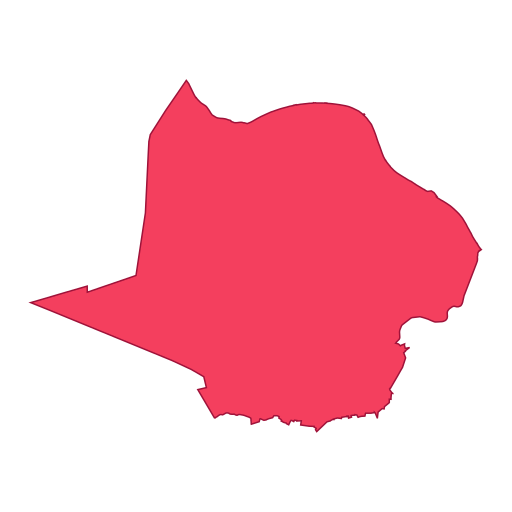 Weert, Limburg, Netherlands
{"feature_id": "6326949B44832169165427", "entity_name": "Weert", "entity_type": "district", "adm_level": 2, "iso_a3": "NLD", "parent_name": "Netherlands", "parent_adm1": "Limburg", "projection": "mercator", "projection_center": [5.712, 51.235], "detail": "fine", "context": "isolated", "style": "filled", "palette": "rose", "viewbox_px": 512, "rotation_deg": 0, "n_neighbors": 0, "source": "geoboundaries", "source_scale": "gbopen_adm2", "svg_char_len": 5919}
<svg xmlns="http://www.w3.org/2000/svg" viewBox="0 0 512 512"><path d="M186.3,80.4L177.0,94.0L165.7,110.4L150.3,134.6L148.9,141.4L148.3,152.9L145.4,213.0L136.0,275.5L87.3,292.2L87.2,286.1L64.8,292.6L42.1,299.3L30.7,302.6L49.8,310.3L171.8,360.4L191.2,369.4L203.8,376.7L206.4,387.6L197.8,389.6L214.4,417.8L214.7,417.7L215.2,417.9L216.3,417.0L216.6,416.9L217.1,416.7L218.7,415.4L219.1,415.2L219.9,414.7L220.2,414.6L220.6,414.6L221.5,414.6L221.9,414.7L222.3,414.8L222.7,414.8L223.9,414.2L224.2,414.0L224.7,413.8L225.0,413.5L225.2,413.4L226.2,413.0L226.9,412.9L227.2,412.9L228.9,413.2L229.3,413.6L229.8,413.9L230.5,414.1L231.4,414.2L233.3,414.3L233.9,414.1L234.3,414.2L235.0,414.6L235.5,414.9L235.9,415.0L236.5,415.2L237.3,415.2L237.9,414.9L238.4,414.6L239.5,414.5L240.3,414.6L242.5,415.0L243.1,415.1L244.8,415.6L245.8,416.0L247.1,416.5L248.4,416.9L249.5,417.4L250.4,417.9L250.7,418.1L250.9,418.8L251.0,419.4L251.0,419.9L251.0,420.4L251.1,421.3L251.2,422.8L251.2,423.9L251.3,424.2L259.2,421.7L259.9,419.0L260.0,418.8L260.3,418.7L260.5,418.8L263.9,420.3L266.2,419.9L266.3,419.7L268.8,418.7L272.6,417.7L273.9,415.7L277.0,415.7L277.5,415.8L279.1,416.7L278.9,418.1L280.9,419.4L281.3,419.8L281.7,420.4L281.2,421.0L281.7,421.3L282.4,421.6L283.4,422.3L284.2,422.5L285.2,422.8L286.3,423.1L286.5,423.7L288.7,424.8L290.0,422.0L291.0,420.4L291.9,420.5L293.2,421.3L293.3,421.1L293.8,421.5L294.5,420.2L296.9,420.5L296.8,421.0L301.3,420.8L300.7,425.0L309.2,426.2L314.1,426.4L314.0,427.0L316.2,428.3L315.5,429.7L316.7,431.6L327.0,421.8L330.4,420.9L330.7,420.5L332.6,419.5L333.8,419.5L333.6,419.0L337.4,418.0L341.4,418.5L341.7,417.3L345.9,416.6L346.9,416.7L346.9,416.1L348.4,416.1L348.6,418.1L351.5,417.2L351.1,415.5L352.2,415.3L354.7,415.2L354.9,414.6L355.9,414.9L356.1,415.0L356.6,414.9L356.9,415.0L357.0,415.1L357.9,417.1L358.0,417.2L358.1,417.3L359.6,416.7L361.5,416.3L364.9,416.1L365.5,413.3L365.6,413.2L370.1,413.2L370.8,413.2L374.0,412.7L374.3,412.5L374.4,412.3L374.4,412.2L374.5,412.3L375.0,413.0L375.3,413.1L377.2,417.8L377.4,417.8L378.1,412.1L380.6,409.9L382.2,408.6L384.1,408.9L384.5,406.6L389.2,402.7L389.3,402.5L389.3,399.2L391.0,399.3L391.0,397.6L391.1,396.5L391.3,394.7L391.6,393.3L392.7,393.4L392.6,393.2L392.4,393.1L391.8,392.6L390.9,391.4L389.9,390.0L389.7,389.6L389.8,389.3L389.6,388.8L390.4,387.9L390.6,388.0L391.8,385.9L397.8,375.6L400.5,370.8L402.5,367.4L405.6,357.9L403.7,352.7L405.4,351.3L405.2,350.9L409.6,347.5L405.8,348.3L405.2,348.2L404.4,345.2L404.6,343.9L401.8,345.0L401.1,345.3L400.4,345.8L398.7,344.2L398.3,343.9L395.7,343.2L396.3,342.6L396.3,342.2L399.0,339.5L399.4,338.9L399.6,338.4L399.7,337.9L399.8,337.3L399.5,332.0L399.6,331.3L399.7,330.5L399.9,329.8L401.3,326.3L401.5,325.9L401.7,325.5L401.9,325.2L402.8,324.4L410.5,318.4L411.0,318.1L411.6,317.8L412.2,317.6L419.2,316.8L419.8,316.7L420.4,316.8L424.0,317.8L427.3,318.9L428.2,319.2L430.8,320.4L434.3,321.8L434.9,321.9L435.5,322.0L439.4,321.8L440.1,321.7L441.2,321.7L442.0,321.6L442.8,321.5L443.5,321.3L444.2,321.0L444.9,320.7L445.4,320.4L445.9,320.0L446.3,319.6L446.7,319.0L447.0,318.5L447.2,317.9L447.3,317.3L447.4,316.7L447.4,316.0L447.2,312.9L447.3,312.4L447.4,311.9L447.5,311.4L447.7,310.9L448.1,310.3L449.0,309.2L449.5,308.7L451.6,307.2L452.6,306.6L453.1,306.4L453.6,306.3L454.2,306.3L454.7,306.3L456.7,306.8L457.3,306.8L457.9,306.8L458.5,306.7L459.1,306.5L460.3,306.0L460.7,305.8L461.0,305.4L461.3,305.1L461.7,304.4L462.1,303.7L462.3,303.0L462.6,302.3L462.7,301.8L464.1,295.4L464.4,294.8L476.4,263.6L477.2,261.3L477.3,260.9L477.4,260.5L477.5,259.1L477.4,259.1L477.4,257.6L477.4,256.7L477.7,255.4L477.8,252.9L478.9,251.1L479.2,250.7L479.3,250.6L479.5,250.9L481.3,249.6L480.9,249.2L479.6,247.6L478.8,246.5L477.8,244.8L477.1,243.4L476.9,243.5L474.0,238.9L472.6,236.6L470.9,233.0L469.9,231.4L469.7,230.9L467.6,227.2L466.9,225.8L466.1,224.2L462.5,218.2L460.5,215.7L458.9,213.8L457.8,212.7L456.3,211.2L455.5,210.5L454.3,209.3L452.0,207.3L450.3,205.9L449.3,205.2L446.5,203.3L442.3,200.7L442.1,200.7L440.8,199.9L437.7,198.0L436.9,197.4L436.3,196.8L436.4,196.7L436.5,196.8L437.0,196.6L434.0,192.6L431.3,190.9L427.5,191.4L425.9,190.7L425.3,190.4L425.0,190.1L424.7,189.7L424.5,189.8L416.3,184.9L412.3,182.2L411.5,181.6L409.2,180.5L408.1,179.9L400.8,175.4L398.3,173.8L397.1,173.0L395.8,172.0L394.0,170.5L392.1,168.6L390.4,166.9L390.3,166.4L389.5,165.6L387.9,163.6L386.8,162.2L385.6,160.2L385.4,160.3L384.1,157.8L383.5,156.7L383.0,155.4L382.2,153.4L379.4,145.5L379.0,144.6L378.8,144.1L378.1,142.2L377.4,140.2L376.5,137.4L375.6,134.7L374.1,130.7L372.7,127.4L371.5,124.6L371.1,124.0L370.2,122.8L368.6,120.7L368.3,120.5L368.2,120.3L368.2,120.2L367.6,119.3L367.3,118.9L366.1,117.5L363.9,115.4L364.6,114.5L364.0,113.9L363.1,114.7L362.2,113.8L361.1,112.9L359.9,112.0L358.7,111.1L353.4,108.5L352.1,107.9L349.3,106.8L348.0,106.4L345.1,105.7L342.3,105.2L339.5,104.7L335.2,104.1L330.9,103.6L326.5,103.3L326.6,103.0L324.8,102.9L324.7,103.1L320.8,103.0L318.0,103.0L316.2,103.0L315.8,102.8L313.7,102.9L313.3,102.7L312.8,103.2L309.4,103.3L306.7,103.6L303.0,104.0L300.3,104.3L296.3,105.0L296.2,104.7L294.2,105.1L294.3,105.2L294.1,105.4L289.5,106.3L287.1,107.0L282.5,108.2L279.8,109.0L275.7,110.4L272.9,111.4L271.0,112.0L266.3,114.1L261.1,116.5L257.3,118.5L252.3,121.4L251.1,122.0L249.8,122.6L248.5,123.1L247.2,123.6L244.4,122.8L244.0,122.9L242.2,122.4L241.4,122.3L240.6,122.3L239.1,122.4L237.7,122.6L236.3,122.7L235.0,122.7L233.8,122.5L233.3,122.2L232.1,121.8L231.1,121.4L231.0,120.9L230.9,120.8L230.7,120.6L230.2,120.3L228.8,120.0L225.9,119.0L224.3,118.7L222.9,118.5L220.0,118.3L218.7,118.1L217.4,117.9L216.1,117.4L212.2,115.0L210.8,113.1L209.3,110.6L206.8,107.1L206.1,106.3L204.9,105.4L204.5,105.2L203.7,104.6L202.5,103.9L201.3,103.1L200.2,102.1L199.2,101.1L198.2,100.1L197.2,99.0L196.3,97.8L196.2,97.5L196.0,97.4L195.8,97.6L195.3,96.8L194.6,95.6L193.9,94.3L189.3,84.9L188.7,83.6L187.8,82.4L187.0,81.3L186.3,80.4Z" fill="#f43f5e" stroke="#9f1239" stroke-width="1.5"/></svg>